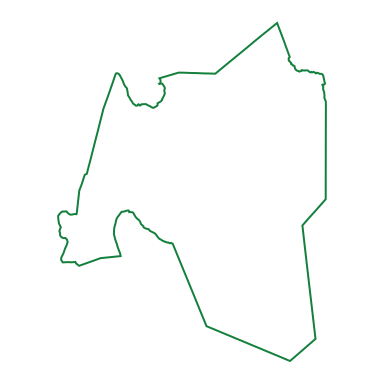 Bamako, Bamako, Mali (Mercator projection)
{"feature_id": "8926073B70420899930674", "entity_name": "Bamako", "entity_type": "district", "adm_level": 2, "iso_a3": "MLI", "parent_name": "Mali", "parent_adm1": "Bamako", "projection": "mercator", "projection_center": [-7.996, 12.607], "detail": "fine", "context": "isolated", "style": "outline", "palette": "green", "viewbox_px": 384, "rotation_deg": 0, "n_neighbors": 0, "source": "geoboundaries", "source_scale": "gbopen_adm2", "svg_char_len": 3890}
<svg xmlns="http://www.w3.org/2000/svg" viewBox="0 0 384 384"><path d="M298.6,71.2L298.2,71.0L297.7,70.8L296.9,70.6L296.5,70.3L295.9,69.8L295.5,69.1L295.1,68.7L294.8,67.2L294.4,66.7L294.2,66.2L294.3,65.9L293.2,65.4L292.6,65.2L292.3,64.5L291.9,64.4L291.0,63.8L291.1,62.9L289.8,61.6L289.6,61.4L289.2,60.9L288.9,60.7L289.1,60.2L288.7,59.6L288.6,59.2L288.7,58.4L289.0,57.8L289.7,57.1L289.7,56.8L289.6,56.5L288.6,53.9L286.4,47.9L283.9,40.9L277.1,23.0L262.2,35.0L255.1,40.8L245.9,48.5L237.0,55.8L230.9,60.8L224.7,65.9L215.3,73.7L209.4,73.5L203.9,73.4L197.1,73.1L191.7,73.0L183.5,72.7L181.1,72.7L178.7,72.6L159.4,78.3L160.0,79.2L160.5,80.1L160.6,80.6L160.5,81.3L160.5,82.2L160.3,82.6L160.0,83.3L159.2,83.8L159.5,84.0L161.1,83.6L161.7,83.5L162.3,83.7L164.1,86.4L164.6,87.2L164.8,88.2L164.3,90.4L164.4,91.3L164.7,92.6L164.8,93.6L164.3,94.9L163.8,96.0L163.5,96.6L163.3,97.0L162.1,99.1L162.2,99.5L162.2,99.8L162.0,100.1L160.8,101.4L160.2,101.8L157.8,103.1L157.5,103.7L157.5,105.3L157.3,105.5L157.1,105.7L156.9,106.0L154.7,107.2L153.5,107.8L153.4,107.8L153.2,107.9L151.3,107.1L149.9,106.1L147.5,105.1L145.9,104.1L143.0,104.2L141.2,104.4L140.8,104.8L140.6,105.3L139.8,105.5L139.5,105.2L139.0,104.7L138.3,104.3L137.8,104.9L137.4,105.6L135.8,105.6L134.8,104.7L133.3,103.8L132.5,102.6L131.8,101.3L130.8,100.2L129.8,98.1L129.6,97.8L128.1,95.5L127.5,91.6L126.9,88.3L125.2,86.3L125.1,86.0L124.7,85.5L123.9,84.0L122.9,81.1L121.6,78.6L120.4,76.3L119.7,75.1L118.7,73.9L117.8,73.4L117.0,73.3L116.1,73.4L115.4,74.6L112.8,82.4L109.9,90.7L109.5,91.9L108.0,96.1L103.5,108.5L101.4,116.8L98.7,127.5L97.2,133.5L96.0,138.0L91.4,156.1L89.6,163.1L89.2,164.6L89.0,165.3L86.8,173.8L84.8,174.8L84.7,174.9L81.9,183.7L79.3,190.5L76.8,212.8L76.5,214.2L74.8,214.0L72.3,214.5L70.3,214.7L68.5,213.6L67.7,212.8L66.4,211.4L64.5,211.5L62.2,211.5L60.3,213.1L59.5,214.0L58.1,216.0L58.3,218.8L58.7,221.8L59.0,223.7L60.0,225.4L60.8,227.2L60.2,228.5L59.4,231.1L60.1,233.3L60.0,234.9L61.0,236.8L63.1,238.1L65.4,238.0L67.0,239.6L67.6,242.1L66.8,244.7L65.0,248.7L63.6,252.9L62.5,255.2L61.3,257.6L61.1,259.8L62.8,262.4L67.5,262.1L71.2,262.3L75.4,262.0L75.8,262.8L76.0,263.4L76.3,263.6L79.1,265.8L84.5,263.9L90.3,261.8L93.8,260.6L100.7,258.1L107.0,257.5L120.6,256.1L120.1,253.4L118.7,249.8L117.5,246.6L116.9,244.1L115.4,240.0L115.1,239.0L114.3,235.7L113.9,234.0L114.2,228.1L115.7,222.6L116.1,220.3L117.0,218.0L117.2,217.6L121.6,211.8L123.9,211.6L125.2,211.2L126.9,210.6L128.6,210.5L129.2,212.1L130.0,211.9L130.7,212.1L131.4,212.2L132.1,212.2L133.2,212.7L135.6,217.0L137.3,218.8L138.8,219.9L140.1,221.6L141.0,224.1L143.3,226.1L143.5,227.2L144.9,228.1L146.4,228.7L148.7,229.2L149.7,230.7L150.4,231.1L151.0,231.4L154.6,233.2L156.1,234.7L157.7,237.0L159.4,238.9L161.0,239.6L162.5,240.7L164.2,241.5L165.3,241.7L166.5,242.4L167.8,242.5L168.6,242.6L169.7,243.3L169.9,243.3L170.3,243.1L171.1,242.9L172.8,243.9L175.4,250.3L188.7,282.7L191.3,289.0L206.5,326.2L251.9,345.1L290.0,361.0L315.5,338.9L311.8,307.0L308.4,277.9L307.5,270.0L306.2,258.8L304.7,245.8L302.4,225.5L309.2,217.7L313.1,213.4L314.5,211.9L325.7,199.2L325.8,133.4L325.9,101.9L325.3,100.1L324.7,98.8L324.6,98.4L324.5,98.1L324.3,97.3L324.5,96.2L324.5,95.6L324.4,94.8L324.2,92.9L324.2,92.7L324.1,92.0L323.3,89.8L323.1,89.3L323.2,87.9L323.3,87.6L323.2,87.3L323.2,87.0L323.0,86.3L322.6,85.5L322.4,84.7L323.1,84.5L324.0,84.5L324.3,84.5L324.7,84.0L325.0,83.5L324.9,83.2L324.7,82.3L324.4,81.5L324.3,80.9L324.2,80.1L324.1,79.7L324.0,79.2L323.9,78.9L323.8,78.0L323.5,77.2L323.4,76.5L323.3,76.0L323.1,75.5L322.8,75.0L322.5,74.5L322.2,74.2L321.0,73.8L320.1,73.9L319.6,73.9L319.1,73.6L318.6,73.2L317.2,72.8L316.8,72.8L316.0,73.4L315.5,73.2L315.0,72.6L313.5,71.9L312.2,72.4L311.4,71.9L310.6,72.4L309.8,72.0L309.2,71.7L308.2,70.8L307.9,70.5L306.6,70.4L306.0,70.3L304.3,70.6L303.4,70.4L302.4,70.5L301.9,70.1L300.9,71.2L300.1,71.2L299.2,71.6L298.6,71.2Z" fill="none" stroke="#15803d" stroke-width="2"/></svg>